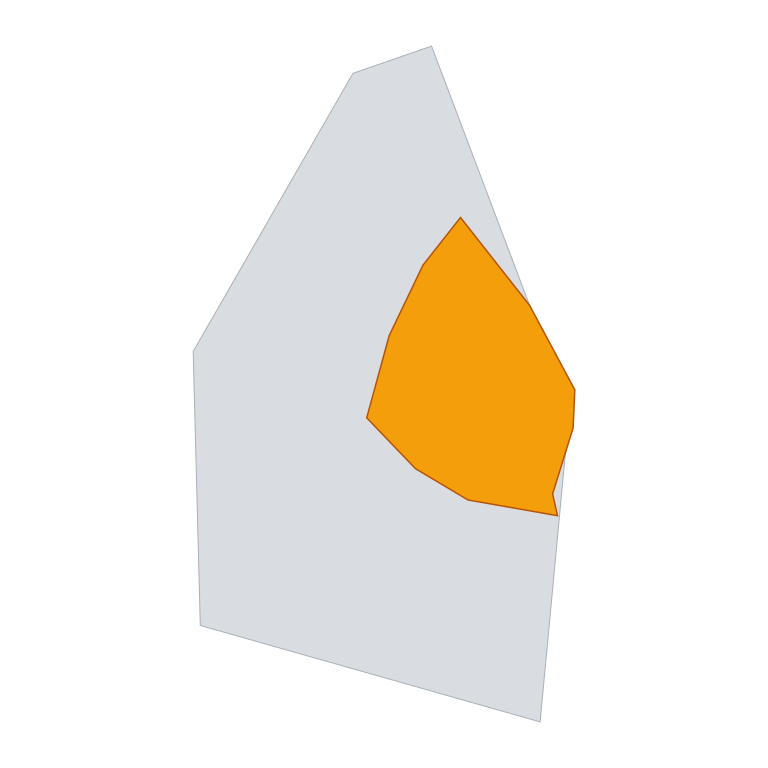 Saint Georges on a map of Montserrat (orthographic projection)
{"feature_id": "MSR-5088", "entity_name": "Saint Georges", "entity_type": "Parish", "adm_level": 1, "iso_a3": "MSR", "parent_name": "Montserrat", "parent_adm1": "", "projection": "orthographic", "projection_center": [-62.166, 16.749], "detail": "fine", "context": "in_parent", "style": "filled", "palette": "amber", "viewbox_px": 768, "rotation_deg": 0, "n_neighbors": 0, "source": "natural_earth", "source_scale": "10m", "svg_char_len": 420}
<svg xmlns="http://www.w3.org/2000/svg" viewBox="0 0 768 768"><path d="M569.4,410.6L540.1,721.9L200.3,625.5L193.2,351.4L353.0,73.3L431.5,46.1L569.4,410.6Z" fill="#d9dde1" stroke="#a8b0b8" stroke-width="1"/><path d="M460.5,217.5L529.6,305.4L574.8,389.8L573.1,427.9L552.6,493.9L557.5,515.7L468.0,500.0L415.5,468.7L366.7,417.8L389.2,335.6L423.0,265.1L460.5,217.5Z" fill="#f59e0b" stroke="#b45309" stroke-width="1.5"/></svg>